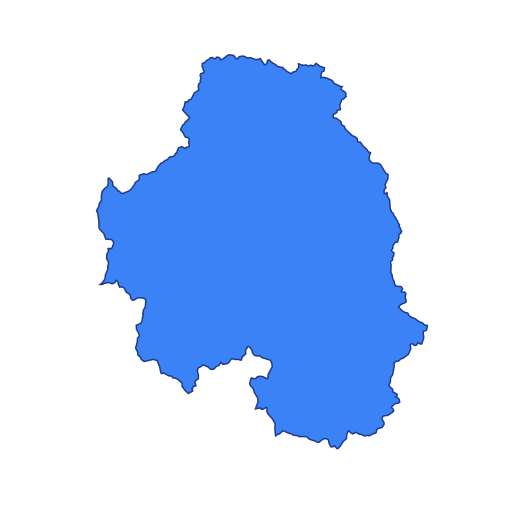 Yauyos, Lima, Peru (Mercator projection), rotated 351°
{"feature_id": "86281439B83806750890504", "entity_name": "Yauyos", "entity_type": "district", "adm_level": 2, "iso_a3": "PER", "parent_name": "Peru", "parent_adm1": "Lima", "projection": "mercator", "projection_center": [-75.885, -12.522], "detail": "fine", "context": "isolated", "style": "filled", "palette": "blue", "viewbox_px": 512, "rotation_deg": 351, "n_neighbors": 0, "source": "geoboundaries", "source_scale": "gbopen_adm2", "svg_char_len": 6085}
<svg xmlns="http://www.w3.org/2000/svg" viewBox="0 0 512 512"><g transform="rotate(351 256 256)"><path d="M247.2,436.7L249.7,435.4L251.0,435.5L255.3,432.8L261.8,436.8L263.7,437.3L264.7,438.8L268.7,439.8L270.4,441.2L277.6,442.2L280.2,445.5L284.3,447.3L287.4,449.5L289.0,449.8L293.6,447.3L296.7,447.3L298.7,448.7L298.9,452.6L300.0,455.9L301.4,456.6L303.8,455.7L305.9,459.0L307.2,458.7L309.1,457.3L313.1,452.9L316.8,450.5L317.5,447.1L319.7,443.1L320.6,443.3L321.7,445.3L323.7,446.8L327.2,445.8L330.2,448.2L332.6,448.9L334.9,450.8L337.7,450.5L339.8,451.3L344.0,449.9L346.9,449.4L348.6,445.7L353.8,445.0L356.1,442.4L356.4,440.7L354.8,436.3L355.6,434.9L357.0,433.9L361.3,434.0L366.8,431.5L367.7,430.7L367.7,429.2L366.2,426.8L366.5,426.1L370.1,423.6L373.6,423.6L375.1,422.8L375.0,420.2L374.4,419.0L373.4,417.8L371.9,417.0L373.6,415.8L373.7,414.5L369.9,411.6L370.1,408.9L368.1,406.6L366.9,404.1L368.9,401.8L369.8,397.4L372.4,394.5L375.4,385.9L375.6,383.0L378.6,381.8L380.3,382.1L383.0,380.3L385.2,380.0L391.2,376.8L394.4,371.7L394.4,367.7L394.9,367.2L396.4,366.9L398.3,368.9L399.8,369.4L400.9,368.8L402.4,366.8L404.7,368.7L406.0,368.8L408.9,363.0L409.1,358.2L409.6,356.4L412.0,356.3L412.9,355.7L414.3,352.0L414.1,351.2L411.9,350.8L409.9,348.0L407.1,346.6L403.2,342.7L399.6,340.6L397.9,338.9L396.9,336.0L395.1,335.5L392.2,333.5L388.7,328.8L391.5,326.5L396.0,325.4L397.3,324.5L396.9,319.6L398.1,316.8L397.4,315.0L394.4,314.4L393.8,313.7L395.7,311.2L394.5,308.9L389.6,307.7L388.4,305.3L388.5,302.6L387.5,300.3L387.4,295.7L386.6,293.4L388.0,286.3L387.9,283.3L388.4,282.2L390.3,281.3L390.5,278.9L391.7,277.7L392.6,275.4L392.7,274.4L390.9,272.7L390.6,271.6L392.5,269.7L392.6,267.3L395.8,264.2L397.9,264.4L400.2,259.7L400.4,257.1L402.7,256.1L403.8,254.4L402.8,252.2L403.0,251.0L401.9,249.4L402.6,247.5L401.4,245.6L401.3,243.7L398.6,237.6L398.2,235.4L396.8,233.9L396.6,232.0L395.9,231.1L396.7,221.5L395.0,217.3L395.4,214.3L395.1,213.8L394.1,214.6L392.4,214.3L392.8,211.0L395.1,208.7L394.4,206.0L398.2,200.6L399.2,196.2L397.0,194.4L393.5,185.7L392.0,183.9L390.9,183.3L386.1,182.6L384.5,181.4L383.2,179.2L383.0,177.3L383.9,174.1L385.2,172.5L385.2,171.7L383.4,171.0L381.9,167.7L379.1,164.3L376.9,159.9L375.1,159.6L374.4,158.8L374.3,155.6L372.4,153.7L370.0,152.3L364.7,145.5L363.6,143.5L363.7,141.9L361.1,139.8L360.8,136.5L357.2,132.7L354.0,131.5L354.2,129.3L355.0,128.1L358.3,127.0L358.8,124.9L362.4,124.6L362.2,120.6L365.0,115.2L367.3,114.4L370.1,112.4L369.7,111.2L370.3,109.8L369.6,108.0L366.0,104.8L366.5,103.3L367.6,102.2L366.4,102.0L360.1,97.7L359.2,95.3L357.5,93.7L353.3,91.1L350.5,90.1L347.8,90.0L349.1,85.9L350.2,84.3L352.0,84.0L353.1,80.8L348.9,78.7L345.5,75.1L343.0,77.2L341.3,76.9L340.2,76.1L337.3,76.5L335.6,75.2L332.3,75.0L328.0,72.8L327.7,76.5L325.6,78.1L324.6,79.7L320.8,80.3L319.3,81.5L315.3,78.5L313.4,75.9L312.3,75.5L312.2,74.2L306.8,72.1L305.6,70.3L301.3,66.8L299.7,64.2L297.8,64.9L296.9,67.6L294.7,68.5L294.1,68.2L291.0,61.5L289.3,62.2L286.4,61.9L281.5,59.2L278.6,59.0L274.8,56.5L271.0,56.4L269.6,57.2L269.2,58.2L268.3,58.4L267.2,57.8L265.3,54.4L261.2,53.1L259.6,53.2L254.8,55.9L251.9,56.9L251.1,54.6L249.8,53.8L248.0,53.5L247.5,54.4L246.1,54.8L243.8,53.1L242.1,53.0L239.9,54.6L237.7,55.1L235.9,57.0L233.2,57.3L232.3,60.5L233.1,61.9L232.9,63.8L233.9,65.8L233.3,66.6L230.1,67.3L229.4,68.0L229.0,69.7L229.6,71.4L228.3,73.9L228.4,75.6L226.2,77.3L225.4,80.2L225.5,83.1L220.5,85.4L216.7,90.8L213.8,91.5L212.6,93.2L210.2,92.6L208.4,97.4L206.3,100.3L212.1,109.0L208.9,111.7L207.4,112.2L206.1,114.1L204.0,115.4L201.2,119.4L203.0,122.4L204.8,127.5L207.6,128.6L207.8,129.1L208.4,130.9L207.2,133.1L207.4,137.1L207.0,137.5L204.0,137.8L202.9,138.8L199.9,136.4L196.4,137.1L194.5,140.1L194.3,141.5L192.4,142.1L191.5,144.0L189.1,144.8L186.8,144.6L184.8,145.6L183.6,147.1L181.3,147.3L178.8,149.0L176.6,149.5L173.6,152.0L169.9,156.7L166.5,156.7L160.7,158.4L157.9,157.2L153.6,158.0L153.1,158.6L153.0,161.2L151.8,162.8L148.3,164.5L147.0,166.6L143.4,170.2L140.8,171.9L133.9,173.4L132.7,172.8L130.9,170.4L129.7,170.1L128.7,167.4L125.8,164.6L125.8,160.2L123.2,156.2L122.1,156.1L121.3,161.9L119.7,164.4L116.9,165.7L114.1,168.3L112.6,172.8L112.0,176.9L109.5,179.6L108.4,182.7L105.6,186.2L106.4,189.4L106.3,196.1L105.4,203.5L105.8,205.2L109.1,209.7L110.3,215.8L115.7,217.1L117.0,218.7L117.5,221.3L114.5,226.2L111.5,225.4L110.9,225.7L111.4,227.9L109.2,230.4L108.0,235.2L109.1,238.0L109.1,240.6L107.7,243.5L107.8,245.4L104.3,251.2L103.3,255.0L99.9,258.5L97.7,259.7L99.5,260.1L102.3,259.2L106.7,259.2L109.3,260.8L110.5,260.9L112.5,260.1L114.0,258.1L115.7,260.2L115.6,262.2L116.5,265.5L118.9,265.5L120.8,267.0L122.3,271.6L124.3,273.1L125.8,275.4L125.5,277.7L126.9,280.3L128.5,280.5L132.0,279.0L134.3,278.9L138.0,279.9L140.1,281.5L140.3,282.4L138.8,288.6L136.2,292.2L135.0,295.9L135.5,297.4L134.3,298.6L133.4,302.1L131.7,304.5L126.9,305.7L126.5,309.6L128.2,314.4L128.2,316.6L127.4,317.7L126.2,318.4L125.1,322.9L122.7,328.0L124.0,332.0L124.0,335.6L125.8,337.4L126.4,340.0L129.0,342.7L138.3,342.0L142.0,343.8L143.5,350.3L143.7,356.1L144.1,357.2L146.9,357.3L150.8,360.6L153.7,361.4L155.2,363.6L157.0,363.9L159.6,365.7L162.8,369.6L163.2,370.6L162.5,372.9L164.9,377.7L167.7,381.2L172.2,379.5L172.5,378.7L171.9,377.1L173.1,376.3L173.6,374.9L176.3,374.9L176.0,370.1L179.8,368.3L180.5,364.8L180.1,360.9L180.9,358.1L181.6,357.4L184.3,356.6L185.2,355.7L187.6,355.7L191.0,357.9L193.7,361.0L196.7,361.2L199.3,359.0L202.3,358.2L204.7,355.5L206.2,357.8L210.6,357.9L212.9,356.7L215.3,353.9L216.4,353.8L219.5,355.0L222.1,355.3L225.0,356.6L226.9,353.4L230.5,351.1L231.2,346.8L232.5,346.0L233.3,344.2L234.4,344.2L235.5,345.1L237.3,348.3L237.4,351.1L238.9,353.9L241.2,354.9L243.9,355.0L246.0,357.3L254.0,361.2L254.8,364.9L254.7,368.0L249.6,374.6L248.7,378.2L247.9,379.1L243.7,376.1L240.4,375.3L238.5,375.5L236.6,376.9L234.1,376.8L232.7,375.7L232.0,376.0L229.8,381.0L230.1,382.9L232.6,386.7L233.0,390.4L235.6,396.9L235.1,400.6L231.5,406.9L236.7,406.7L237.3,408.2L239.2,408.4L242.3,407.1L243.0,407.5L242.5,411.2L242.8,413.2L247.0,420.0L248.7,424.8L247.6,429.4L247.2,436.7Z" fill="#3b82f6" stroke="#1e3a8a" stroke-width="1.5"/></g></svg>